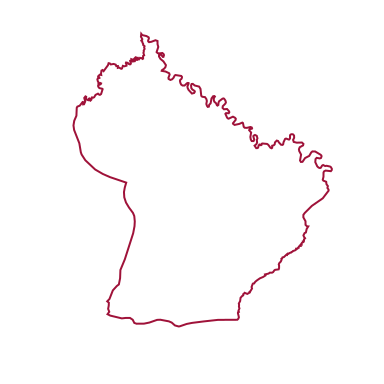 Nong Hi, Roi Et, Thailand (Albers equal-area conic projection), rotated 194°
{"feature_id": "78962969B92909232830049", "entity_name": "Nong Hi", "entity_type": "district", "adm_level": 2, "iso_a3": "THA", "parent_name": "Thailand", "parent_adm1": "Roi Et", "projection": "albers", "projection_center": [104.018, 15.58], "detail": "fine", "context": "isolated", "style": "outline", "palette": "rose", "viewbox_px": 384, "rotation_deg": 194, "n_neighbors": 0, "source": "geoboundaries", "source_scale": "gbopen_adm2", "svg_char_len": 6013}
<svg xmlns="http://www.w3.org/2000/svg" viewBox="0 0 384 384"><g transform="rotate(194 192 192)"><path d="M324.2,245.8L322.6,238.0L323.5,232.6L323.1,227.9L321.4,223.7L313.1,212.0L309.5,203.7L308.2,201.7L303.2,197.0L291.4,190.4L282.8,187.9L275.2,186.6L258.1,185.2L258.3,180.1L258.0,175.5L256.4,170.4L253.5,165.8L249.4,161.7L244.2,157.4L242.2,154.7L240.4,149.6L239.5,144.9L239.1,137.7L240.9,110.4L242.6,99.0L240.9,90.9L240.6,84.6L242.2,82.6L245.0,77.4L246.2,68.2L247.8,65.4L245.9,64.5L245.3,61.6L245.1,58.3L243.3,55.7L244.4,53.0L241.4,52.3L229.5,52.4L225.8,53.8L221.7,54.8L218.6,53.7L216.3,51.0L213.9,50.8L206.6,52.7L201.8,55.0L194.9,59.5L191.8,60.4L183.2,60.9L180.1,60.4L176.3,58.4L172.5,58.3L171.4,58.7L165.2,62.7L160.3,65.0L149.2,69.3L135.9,74.2L117.1,79.0L116.4,80.2L116.2,81.8L118.2,85.7L118.2,86.6L117.5,87.0L118.2,88.2L117.8,90.5L118.7,92.0L119.0,93.9L119.6,95.1L118.9,97.8L119.3,101.1L118.3,103.0L117.3,104.1L117.6,105.2L116.8,106.2L116.6,106.9L113.7,106.5L111.6,108.5L112.0,109.1L111.3,110.0L110.4,112.9L111.2,114.2L110.9,117.4L110.6,118.0L109.6,118.3L108.9,120.2L107.4,122.2L105.2,124.7L102.5,126.7L100.5,128.8L101.2,129.7L97.9,131.4L97.1,132.5L94.8,133.1L93.9,133.9L93.2,135.8L92.5,136.6L89.2,137.9L89.1,139.2L89.7,141.7L90.3,142.7L90.1,144.1L89.0,146.0L88.7,148.0L89.1,148.8L88.5,149.4L88.4,150.4L87.1,151.1L85.3,153.9L84.6,153.9L84.7,154.8L84.1,155.5L83.5,155.3L82.5,156.5L81.1,157.3L81.0,157.8L80.1,158.4L79.9,159.0L77.8,160.4L76.7,161.8L77.2,161.8L77.3,162.2L75.9,162.7L75.7,163.4L75.0,163.7L75.2,164.6L74.8,165.4L73.5,166.0L74.1,166.7L73.7,167.5L72.9,167.6L73.3,168.5L72.9,169.5L71.9,170.3L72.4,171.0L71.5,171.6L71.9,173.1L71.1,174.5L72.5,175.6L73.4,176.9L72.8,179.4L71.7,180.3L71.8,183.8L70.9,186.7L72.1,186.5L73.9,187.6L74.8,191.1L77.8,194.3L78.4,196.8L77.5,199.0L72.3,207.6L63.6,217.5L59.8,226.3L60.1,227.4L61.6,228.7L61.6,230.6L63.4,232.1L64.3,234.4L67.3,234.8L68.1,235.5L68.1,238.5L69.1,242.7L68.9,243.9L67.6,245.1L62.3,245.8L61.7,247.2L61.9,248.3L63.2,249.7L64.2,250.1L67.7,250.0L69.1,249.4L71.3,249.9L72.2,249.0L72.9,246.7L73.6,246.2L75.1,246.3L76.7,247.2L79.6,250.8L80.1,253.8L79.3,255.3L76.1,255.5L75.1,256.2L74.9,257.8L75.3,258.7L76.3,259.3L82.3,261.1L85.0,260.5L85.9,259.2L87.0,255.4L90.5,252.3L92.1,248.0L93.6,247.5L94.8,248.7L95.2,254.7L97.9,257.7L98.6,259.4L98.3,261.5L95.5,264.1L95.5,265.6L97.3,266.6L102.3,265.2L105.4,265.2L106.5,267.0L106.0,269.3L106.6,271.4L107.7,272.3L109.0,272.3L110.1,271.7L110.6,270.8L109.9,267.8L110.3,266.5L110.9,266.3L113.7,266.6L114.5,266.0L115.2,262.6L115.1,260.2L115.6,259.6L117.0,259.4L119.8,261.2L120.8,262.3L122.2,262.4L123.5,260.2L123.3,258.1L124.1,257.0L125.4,256.3L124.9,254.3L125.3,253.7L126.6,253.9L129.5,256.3L130.8,256.8L135.4,256.1L136.0,255.7L135.9,254.6L136.4,254.1L137.1,254.0L137.4,254.4L138.1,254.4L138.6,253.0L138.6,251.0L139.4,250.3L140.3,250.1L142.5,252.1L141.1,254.0L140.8,255.7L141.7,258.2L141.5,260.0L142.8,262.2L144.7,262.6L145.9,261.5L145.9,260.7L144.3,257.9L144.6,256.3L146.4,255.9L147.6,257.1L148.7,259.5L149.0,264.0L151.5,265.8L151.3,266.9L149.2,267.9L149.1,268.4L149.7,269.1L151.1,269.2L154.3,267.5L156.5,267.1L157.6,267.8L159.2,271.2L160.0,271.5L162.6,269.5L166.9,267.4L168.5,268.0L168.9,268.6L167.1,272.5L167.3,273.8L168.4,274.5L170.5,275.0L174.2,272.0L175.1,272.1L176.0,272.7L178.5,275.9L178.0,276.8L175.4,277.3L175.1,278.4L175.5,279.2L178.1,281.0L181.0,280.0L182.7,281.0L182.9,282.7L181.0,285.9L180.8,287.2L181.7,288.8L183.4,290.3L184.2,290.4L185.0,289.9L187.6,286.7L187.9,285.2L187.5,282.8L188.2,282.0L188.9,282.3L190.1,283.9L192.3,285.1L193.1,286.5L193.5,288.0L192.9,290.2L193.6,290.5L194.7,290.0L195.7,287.5L195.4,282.5L196.4,280.8L196.3,278.9L197.3,278.4L198.3,279.2L199.4,280.9L199.6,283.9L200.5,285.6L202.3,287.2L205.1,286.9L206.3,287.6L208.7,294.1L210.6,296.0L215.1,296.0L217.4,297.1L218.5,296.7L218.7,295.2L217.8,292.7L216.6,291.6L214.0,290.7L213.5,290.0L213.9,288.6L215.9,287.5L220.1,290.3L221.4,291.9L222.0,293.3L221.5,296.3L221.7,296.9L222.5,296.8L223.2,296.3L225.0,293.5L226.9,293.0L228.5,293.6L229.7,295.1L230.6,296.9L230.5,298.1L229.7,299.0L229.4,300.4L229.6,301.3L230.5,302.0L236.3,301.5L237.0,300.8L237.6,298.2L238.6,296.5L240.1,295.5L242.0,296.0L242.5,297.1L242.1,300.5L242.9,301.7L246.8,302.5L250.7,302.2L250.7,302.8L248.8,305.0L248.0,306.7L248.0,308.8L251.3,311.8L254.8,313.5L256.8,315.5L257.1,316.9L255.8,317.6L254.9,317.5L252.9,316.0L252.4,316.2L252.3,318.1L253.1,319.1L254.4,319.7L256.9,318.7L258.9,318.4L260.2,319.2L259.8,324.6L261.2,327.1L262.0,330.2L264.2,330.4L267.8,327.9L269.9,327.0L270.9,327.5L271.2,328.1L271.0,330.8L271.5,331.6L273.9,332.3L278.2,332.2L279.5,333.2L279.1,330.3L277.2,328.3L277.8,326.6L276.8,326.3L276.3,325.0L275.3,324.1L275.0,322.9L273.3,322.0L273.4,320.6L272.6,319.4L273.1,317.6L272.7,316.4L272.8,315.2L271.5,313.1L272.4,312.1L271.7,309.6L272.2,309.2L272.8,310.0L273.7,309.5L274.9,309.6L275.5,308.1L276.8,309.0L277.2,308.4L277.0,307.0L277.8,306.8L278.5,307.3L278.4,309.0L279.3,309.1L280.3,307.4L279.1,305.9L279.1,305.1L280.3,304.6L281.0,305.1L281.3,306.1L282.8,306.2L281.7,304.1L282.3,303.9L283.3,304.9L283.8,304.3L282.4,301.9L282.6,301.1L283.1,300.8L284.5,301.0L285.6,301.8L287.3,301.7L287.4,301.1L286.3,299.6L286.1,298.7L288.0,297.6L289.6,297.7L289.8,294.9L290.5,294.4L292.9,295.1L294.0,294.5L294.4,296.3L295.9,295.8L296.8,297.1L299.0,297.3L301.7,296.1L302.9,296.9L304.1,296.8L304.2,294.7L307.0,287.9L308.3,288.7L309.2,287.9L308.9,284.7L308.4,283.6L309.9,283.5L311.0,281.7L311.0,281.1L309.7,280.8L309.4,280.3L310.8,279.3L311.1,278.5L310.2,276.7L309.5,276.1L309.0,274.5L307.5,275.6L306.5,275.4L306.7,274.5L308.8,272.9L308.8,272.2L308.2,271.3L307.0,270.4L304.2,270.5L303.6,270.2L303.9,265.1L304.7,264.1L305.4,263.9L307.0,264.7L309.1,262.9L309.8,260.4L310.5,259.7L311.9,259.6L312.0,257.2L312.7,256.0L313.3,256.2L313.2,257.6L313.9,258.1L314.8,257.5L315.0,256.0L317.0,256.2L317.4,256.8L317.7,258.8L318.5,259.0L319.3,257.2L317.5,253.9L318.0,251.0L318.8,250.7L319.2,252.9L319.9,252.9L321.8,248.6L323.9,247.1L324.2,245.8Z" fill="none" stroke="#9f1239" stroke-width="2"/></g></svg>